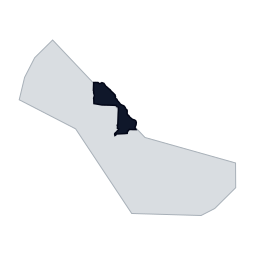 Mangilao, Guam shown in context, rotated 272°
{"feature_id": "77769853B74833203647496", "entity_name": "Mangilao", "entity_type": "district", "adm_level": 2, "iso_a3": "GUM", "parent_name": "Guam", "parent_adm1": "", "projection": "albers", "projection_center": [144.825, 13.463], "detail": "fine", "context": "in_parent", "style": "filled", "palette": "ink", "viewbox_px": 256, "rotation_deg": 272, "n_neighbors": 0, "source": "geoboundaries", "source_scale": "gbopen_adm2", "svg_char_len": 1516}
<svg xmlns="http://www.w3.org/2000/svg" viewBox="0 0 256 256"><g transform="rotate(272 128 128)"><path d="M96.8,236.7L72.1,237.7L50.6,217.5L43.1,204.1L42.7,134.7L125.3,75.7L152.4,18.3L175.0,22.9L195.0,32.3L213.3,49.6L119.1,145.3L96.8,236.7Z" fill="#d9dde1" stroke="#a8b0b8" stroke-width="1"/><path d="M121.8,114.9L121.0,114.9L120.0,115.2L120.6,116.1L121.6,116.6L122.2,123.7L122.2,124.1L122.6,127.4L124.8,127.6L124.8,128.0L126.5,129.2L126.4,129.3L126.6,129.9L126.6,133.7L126.7,136.1L128.2,135.1L129.0,135.0L131.4,135.9L133.6,136.1L133.9,136.1L135.4,135.5L136.2,134.4L136.8,132.2L137.5,131.2L139.1,129.2L140.0,128.7L140.6,128.0L141.2,127.3L141.5,127.0L142.6,126.6L144.9,126.6L145.1,126.6L146.1,126.3L146.8,125.2L148.5,124.4L149.0,124.0L150.0,123.1L150.7,121.2L151.1,120.3L151.8,119.3L152.5,118.8L152.7,118.6L154.0,117.5L154.8,116.6L155.7,116.2L156.5,115.7L156.9,114.8L157.8,114.3L159.1,114.4L159.9,114.0L160.5,114.0L160.9,113.6L162.8,111.6L164.1,110.0L165.2,109.1L165.4,109.0L166.5,107.5L168.5,105.1L169.0,104.3L170.3,103.4L171.8,102.3L172.4,100.3L171.9,99.7L171.3,97.6L172.4,96.5L172.4,94.1L172.3,92.1L164.2,92.1L162.9,92.6L162.6,92.5L162.0,92.4L159.3,93.3L156.5,92.6L155.6,92.8L151.2,93.1L150.7,97.0L150.1,101.2L150.1,101.5L150.2,108.1L150.2,109.5L150.2,115.3L149.3,116.0L149.1,116.2L148.2,117.8L141.7,117.7L135.4,117.7L133.7,117.7L130.6,117.7L130.4,117.1L128.9,117.5L127.4,117.4L126.8,118.7L125.4,118.3L124.8,117.4L123.4,116.6L123.1,115.8L121.8,114.9Z" fill="#0f172a" stroke="#020617" stroke-width="1.5"/></g></svg>